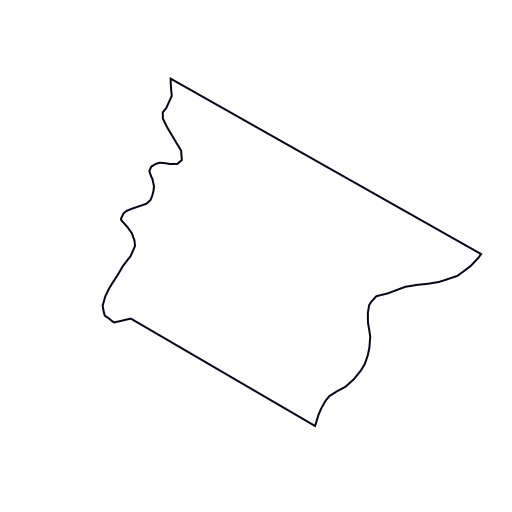 Beyar, Laborie, Saint Lucia (Albers equal-area conic projection), rotated 38°
{"feature_id": "8701671B32276542748639", "entity_name": "Beyar", "entity_type": "district", "adm_level": 2, "iso_a3": "LCA", "parent_name": "Saint Lucia", "parent_adm1": "Laborie", "projection": "albers", "projection_center": [-60.991, 13.774], "detail": "fine", "context": "isolated", "style": "outline", "palette": "ink", "viewbox_px": 512, "rotation_deg": 38, "n_neighbors": 0, "source": "geoboundaries", "source_scale": "gbopen_adm2", "svg_char_len": 1201}
<svg xmlns="http://www.w3.org/2000/svg" viewBox="0 0 512 512"><g transform="rotate(38 256 256)"><path d="M79.6,168.8L82.3,172.2L87.2,177.7L91.0,181.6L94.2,194.7L94.1,200.2L98.1,205.1L106.8,209.3L123.7,215.9L132.0,219.0L138.5,226.0L137.3,231.9L131.4,236.6L127.4,238.7L122.8,241.7L120.3,245.1L118.6,249.6L118.6,251.0L119.9,255.0L124.5,257.9L127.0,259.1L132.8,264.0L135.1,267.8L137.0,272.0L138.4,276.8L137.5,282.2L133.9,287.8L129.5,294.5L126.3,300.0L125.4,304.0L126.4,308.8L126.9,310.1L128.1,310.8L137.1,312.4L144.4,314.6L147.1,316.4L150.4,318.4L154.5,322.5L157.3,333.5L157.2,335.9L157.3,346.1L158.7,356.2L159.5,365.8L160.4,372.9L162.0,380.3L165.7,389.5L169.3,392.8L173.5,396.1L178.1,395.8L181.7,395.9L185.0,395.8L189.0,391.0L190.4,389.2L194.0,384.7L195.9,382.4L407.2,353.6L403.0,342.6L401.3,336.2L399.9,327.0L400.1,321.1L403.2,312.5L407.0,304.0L409.0,292.6L409.1,281.5L408.2,274.0L405.2,265.4L401.7,258.3L395.8,249.4L392.5,246.2L385.1,239.4L379.2,232.0L375.4,225.0L375.0,221.0L375.6,213.6L382.8,204.4L390.3,192.1L392.5,188.5L400.5,179.8L408.5,172.1L416.0,164.0L420.0,158.2L427.0,147.5L431.3,131.8L432.4,119.8L432.3,118.5L432.2,115.9L79.6,168.8Z" fill="none" stroke="#020617" stroke-width="2"/></g></svg>